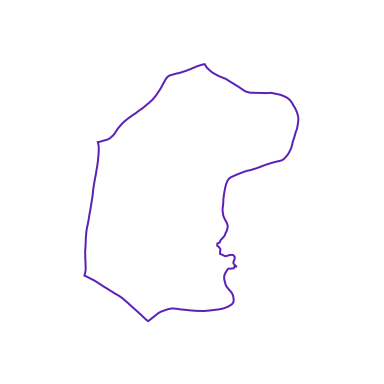 Daw'an, Hadramawt, Yemen, rotated 221°
{"feature_id": "15242507B41313951038201", "entity_name": "Daw'an", "entity_type": "district", "adm_level": 2, "iso_a3": "YEM", "parent_name": "Yemen", "parent_adm1": "Hadramawt", "projection": "orthographic", "projection_center": [48.292, 15.038], "detail": "fine", "context": "isolated", "style": "outline", "palette": "violet", "viewbox_px": 384, "rotation_deg": 221, "n_neighbors": 0, "source": "geoboundaries", "source_scale": "gbopen_adm2", "svg_char_len": 5618}
<svg xmlns="http://www.w3.org/2000/svg" viewBox="0 0 384 384"><g transform="rotate(221 192 192)"><path d="M295.8,167.8L295.3,167.5L293.7,166.3L292.1,165.0L291.9,164.8L290.0,162.6L288.7,161.0L288.2,160.3L286.2,157.8L286.1,157.6L284.9,155.8L284.2,154.9L283.5,154.0L282.9,153.0L281.8,151.3L280.0,148.5L279.1,146.9L278.8,146.5L277.4,144.2L276.1,142.2L275.0,140.2L273.5,137.6L271.9,135.0L270.7,133.0L269.1,130.5L267.4,127.9L266.8,127.2L266.1,126.1L264.9,124.4L264.4,123.8L262.8,121.1L262.5,120.6L261.5,119.1L260.5,117.4L260.2,116.9L258.9,114.9L257.3,112.3L255.9,109.9L255.3,108.9L254.8,108.0L254.2,107.1L253.6,106.0L252.9,104.9L252.1,103.7L251.1,102.0L250.9,101.6L249.4,99.1L248.5,97.4L248.4,97.2L247.2,95.2L246.0,93.2L245.0,91.8L244.6,91.2L243.2,89.4L241.9,87.6L240.1,85.4L238.5,83.4L237.9,82.6L236.9,81.3L235.4,79.4L233.7,77.1L231.6,74.8L229.6,72.5L227.6,70.5L226.5,69.3L226.1,68.9L225.9,68.7L224.6,67.3L222.8,65.3L221.4,63.7L221.2,63.5L220.0,61.6L219.7,61.1L218.9,59.6L218.3,58.3L217.7,58.5L216.6,58.9L213.7,59.6L211.4,60.2L210.9,60.3L208.2,61.0L206.1,61.4L204.7,61.6L203.8,61.7L201.6,62.0L198.9,62.4L197.5,62.6L196.1,62.8L193.8,63.2L192.8,63.4L191.5,63.6L189.0,63.9L186.6,64.4L185.4,64.5L184.0,64.7L181.3,65.3L178.5,65.8L175.9,66.1L173.8,66.2L173.4,66.2L172.6,66.2L171.0,66.2L169.6,66.2L168.0,66.2L167.3,66.2L165.3,66.1L163.3,66.1L162.7,66.1L160.1,66.0L158.6,66.0L157.3,66.0L156.7,66.0L155.0,66.0L152.5,65.9L149.6,65.9L148.5,65.8L147.0,65.7L145.6,65.7L144.4,65.6L142.0,65.6L140.5,65.8L140.2,65.9L140.2,66.3L139.8,68.5L139.4,70.9L138.9,73.2L138.6,74.9L138.4,76.1L138.2,77.1L137.8,79.0L136.7,81.8L135.4,84.0L135.3,84.3L134.2,86.2L132.7,88.5L132.4,88.9L132.2,89.2L130.8,90.9L129.9,91.6L129.1,92.3L128.0,93.0L127.1,93.7L125.7,94.6L125.1,95.0L122.8,96.4L121.1,97.7L118.7,99.4L117.6,100.2L116.2,101.1L115.0,102.0L114.3,102.6L113.3,103.2L111.9,104.3L110.3,105.5L109.2,106.4L107.0,108.3L104.9,110.0L103.2,111.8L101.7,113.3L100.8,114.3L100.2,115.0L98.6,116.7L97.7,117.8L97.1,118.4L96.2,119.4L95.2,120.4L93.8,122.3L93.0,123.3L92.4,124.0L91.2,126.0L91.0,126.4L90.7,127.0L89.6,129.1L88.8,131.4L88.5,132.6L88.2,133.6L88.3,134.1L88.3,135.8L88.6,136.2L89.6,137.7L90.3,138.4L91.1,139.2L92.9,140.6L93.0,140.7L95.0,141.7L97.4,142.3L98.3,142.4L99.8,142.6L101.6,142.9L102.2,143.0L104.5,143.4L105.9,144.2L106.6,144.6L108.0,145.6L108.9,146.2L110.9,147.7L112.7,149.9L113.8,153.0L114.4,157.4L114.2,158.0L113.9,158.3L112.8,159.3L111.2,160.9L110.5,161.8L110.8,163.3L111.1,163.6L111.1,163.9L110.0,164.4L109.7,164.6L109.7,164.8L110.0,165.0L110.7,165.0L112.0,164.9L112.9,165.1L113.8,165.4L114.3,165.7L114.7,166.1L115.0,166.7L115.1,167.2L115.6,168.5L116.0,169.6L117.4,171.2L119.1,171.4L119.7,171.4L121.2,170.2L121.9,169.6L123.5,167.1L124.8,165.3L128.0,164.5L128.1,164.4L130.3,163.7L131.8,165.7L132.7,166.9L133.1,167.5L134.5,167.9L135.4,168.1L137.8,168.0L138.7,169.3L139.1,169.9L138.0,172.0L138.8,174.3L138.7,176.8L138.7,180.1L139.0,181.0L139.7,183.0L140.2,185.3L140.6,186.0L141.2,187.5L142.3,189.2L142.4,189.4L144.4,191.0L146.5,192.0L148.8,192.7L151.0,193.7L151.2,193.8L153.1,194.8L153.7,195.4L154.8,196.4L156.1,197.4L156.6,197.8L157.5,199.0L158.2,199.8L159.1,201.2L159.6,202.0L160.0,202.5L161.3,204.3L162.8,206.2L163.0,206.5L163.5,207.0L164.4,208.3L164.7,208.8L165.8,210.4L166.5,211.5L167.1,212.5L168.6,215.0L169.9,217.3L170.2,217.9L171.2,219.8L172.0,222.0L172.7,224.2L172.8,226.7L172.2,229.0L171.9,229.6L171.1,231.4L170.2,233.2L169.9,233.8L169.5,234.7L168.9,235.9L167.8,238.0L166.7,240.1L165.4,242.4L164.0,244.6L163.0,245.9L162.3,246.8L161.8,247.6L160.7,249.4L159.1,251.9L157.7,254.4L157.2,255.3L156.7,256.3L155.3,258.9L154.7,260.0L154.1,261.1L153.7,261.8L152.5,263.7L151.1,266.1L150.3,267.2L149.5,268.4L148.4,270.0L147.7,271.0L146.1,273.1L145.8,273.6L144.9,275.1L144.4,276.9L144.3,277.6L144.2,280.6L144.3,282.9L144.3,283.5L144.8,286.0L144.9,286.5L145.4,288.3L146.1,290.6L147.0,292.5L148.2,294.8L148.8,295.9L149.4,297.3L150.5,300.0L151.6,302.3L151.9,302.9L152.6,304.4L153.4,306.2L153.5,306.5L153.9,307.7L154.3,308.7L155.5,310.8L156.7,312.7L157.3,313.7L158.0,314.7L158.9,315.9L159.7,316.9L161.3,318.5L163.3,319.9L165.4,321.2L166.7,321.8L167.7,322.3L168.7,322.7L170.1,323.2L172.6,324.0L175.5,325.0L177.7,325.5L179.9,325.7L182.6,325.4L185.7,324.6L187.0,324.1L188.3,323.7L189.8,322.9L191.3,322.2L192.9,321.2L193.3,321.0L195.3,319.9L196.7,319.1L197.3,318.8L200.3,315.8L213.5,304.9L217.9,302.9L225.4,302.0L241.4,299.4L242.4,298.9L244.5,298.2L246.3,297.6L246.8,297.4L249.7,296.6L251.3,296.3L252.3,296.1L253.5,295.8L254.6,295.6L257.5,295.4L260.0,295.5L262.3,295.6L264.5,296.2L264.7,296.3L266.3,296.8L266.9,296.1L267.2,295.6L268.3,294.2L269.5,292.1L270.3,290.8L270.7,290.2L271.7,288.0L273.0,285.5L273.9,283.5L275.0,281.5L276.0,279.5L276.8,278.2L277.3,277.4L278.6,275.2L279.8,273.3L281.2,271.6L282.7,269.3L284.2,267.0L284.6,266.3L285.6,264.7L286.0,262.5L285.9,260.1L285.4,257.7L285.1,256.4L284.9,255.4L284.4,253.2L284.1,251.8L283.9,251.0L283.4,248.5L283.3,247.4L283.1,245.7L283.0,245.1L282.7,243.2L282.5,240.8L282.5,240.7L282.4,238.4L282.4,236.2L282.4,235.5L282.6,233.9L282.7,233.2L282.8,232.5L283.0,230.5L283.3,229.2L283.5,228.0L283.7,226.3L283.9,225.1L284.3,222.8L284.7,221.3L285.2,219.5L285.5,217.9L285.8,216.6L286.0,215.6L286.3,213.9L286.6,213.1L287.0,211.7L287.1,211.4L287.5,209.4L288.1,207.3L288.6,205.0L289.0,202.5L289.2,201.5L289.4,200.2L289.5,198.8L289.6,197.6L289.6,195.2L289.6,193.5L289.6,193.0L289.5,190.8L289.5,190.5L289.1,188.2L288.7,185.4L288.7,182.9L289.0,180.2L289.4,178.0L289.8,177.0L290.3,176.0L291.5,174.1L292.5,172.6L292.9,172.1L293.2,171.5L294.1,170.1L295.0,168.8L295.8,167.8Z" fill="none" stroke="#5b21b6" stroke-width="2"/></g></svg>